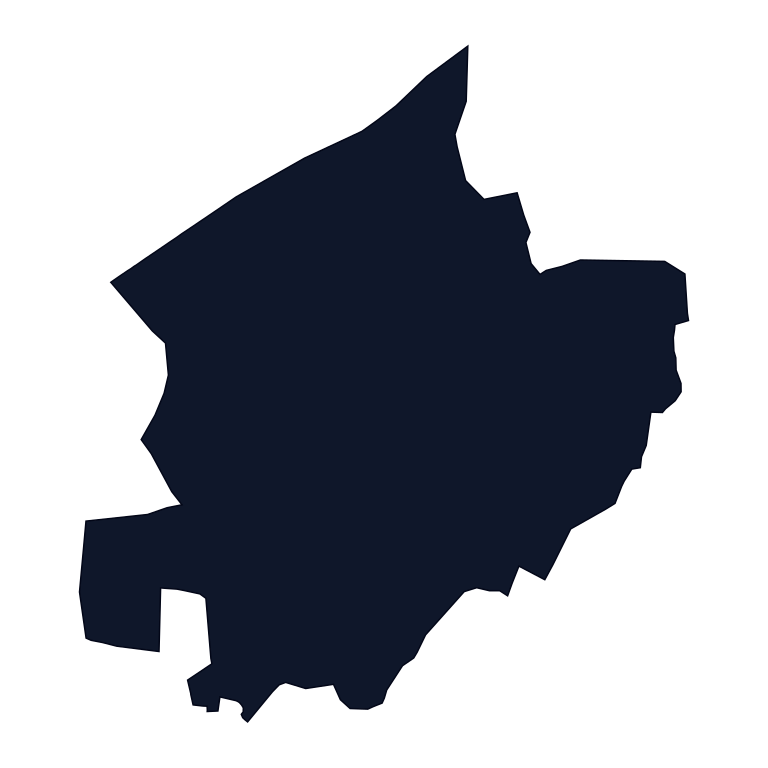 Kaita, Katsina, Nigeria
{"feature_id": "59680162B53208862785263", "entity_name": "Kaita", "entity_type": "district", "adm_level": 2, "iso_a3": "NGA", "parent_name": "Nigeria", "parent_adm1": "Katsina", "projection": "natural_earth1", "projection_center": [7.748, 13.186], "detail": "fine", "context": "isolated", "style": "filled", "palette": "ink", "viewbox_px": 768, "rotation_deg": 0, "n_neighbors": 0, "source": "geoboundaries", "source_scale": "gbopen_adm2", "svg_char_len": 1899}
<svg xmlns="http://www.w3.org/2000/svg" viewBox="0 0 768 768"><path d="M467.8,46.1L426.8,76.5L396.0,105.9L376.9,120.6L362.0,131.3L304.6,158.1L236.2,196.9L224.5,204.9L215.7,210.9L209.8,214.9L201.5,220.5L192.2,226.8L182.0,233.6L175.7,238.1L170.3,241.7L158.3,249.9L145.7,258.4L136.0,265.2L135.5,265.5L134.9,265.8L134.4,266.2L133.8,266.5L133.3,266.9L132.8,267.3L132.2,267.7L131.7,268.1L131.2,268.5L127.8,270.6L119.1,276.5L113.9,280.1L110.8,282.3L152.4,331.0L165.5,343.1L168.4,375.1L164.1,393.3L155.0,415.2L141.2,439.6L151.3,453.7L171.8,491.7L182.0,504.8L167.2,507.7L147.6,514.5L86.0,521.1L83.5,548.7L79.5,592.0L86.1,638.1L91.1,640.3L102.5,642.5L116.9,646.2L159.0,651.5L160.6,587.9L165.4,588.3L177.0,589.1L184.6,590.6L199.9,593.9L205.9,598.3L210.9,658.5L211.9,663.8L187.6,680.1L190.9,694.1L190.8,694.5L193.1,704.9L202.7,706.0L207.1,706.2L207.3,710.0L207.2,711.5L217.9,711.0L219.9,696.9L235.8,700.6L237.5,701.3L239.4,702.5L241.6,705.0L243.3,707.8L243.2,711.9L241.3,714.3L241.7,715.3L242.6,717.4L242.9,717.9L243.6,718.4L244.5,719.4L247.6,721.9L272.5,691.7L279.2,684.8L285.7,682.4L305.7,688.5L333.5,684.3L340.4,699.7L350.1,708.5L367.8,709.1L372.8,706.8L376.5,705.3L382.1,703.1L384.3,698.2L386.7,690.0L402.5,665.7L413.7,658.0L417.1,652.3L425.6,634.8L464.2,591.6L476.7,587.7L489.4,590.7L499.7,590.7L507.6,595.8L512.1,583.3L518.9,566.1L544.8,579.7L552.9,564.7L570.7,528.9L605.4,509.3L615.0,503.4L621.7,486.2L624.2,481.1L631.8,469.1L640.3,467.7L641.5,456.7L646.2,445.5L650.9,412.1L662.4,412.5L665.5,408.8L675.2,400.7L681.1,391.8L681.0,383.4L676.1,370.1L675.8,357.8L673.9,351.2L673.3,337.5L674.5,330.0L675.0,324.5L688.5,320.5L687.4,313.3L684.9,274.0L664.7,261.4L580.4,260.0L562.1,266.4L546.3,270.4L540.0,274.4L531.1,263.6L525.9,242.5L530.0,232.3L523.7,215.0L517.1,192.8L484.0,199.4L465.6,180.6L457.1,146.7L454.9,134.3L466.2,101.3L467.2,67.5L467.8,46.1Z" fill="#0f172a" stroke="#020617" stroke-width="1.5"/></svg>